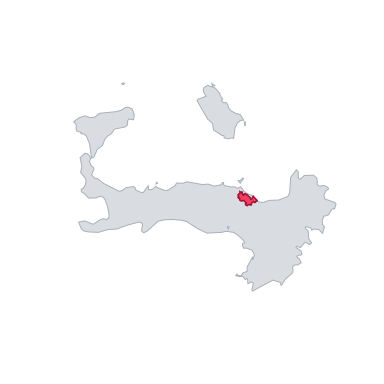 Italy, with Pisa highlighted, rotated 142°
{"feature_id": "ITA-5381", "entity_name": "Pisa", "entity_type": "Province", "adm_level": 1, "iso_a3": "ITA", "parent_name": "Italy", "parent_adm1": "", "projection": "orthographic", "projection_center": [10.703, 43.467], "detail": "fine", "context": "in_parent", "style": "filled", "palette": "rose", "viewbox_px": 384, "rotation_deg": 142, "n_neighbors": 0, "source": "natural_earth", "source_scale": "10m", "svg_char_len": 5242}
<svg xmlns="http://www.w3.org/2000/svg" viewBox="0 0 384 384"><g transform="rotate(142 192 192)"><path d="M90.0,91.0L91.8,92.3L99.0,90.1L103.2,91.7L106.9,89.4L109.3,85.9L108.9,83.1L114.6,79.0L115.1,84.0L118.2,87.4L121.2,88.3L120.5,90.3L123.4,94.5L124.6,94.2L125.0,93.4L124.4,89.9L128.8,83.2L129.0,78.5L129.8,78.1L131.9,78.4L133.6,82.8L140.7,81.5L143.1,84.9L144.2,84.3L142.4,78.5L143.3,75.6L145.1,75.1L146.4,76.5L149.1,76.9L149.3,75.2L148.6,74.0L149.5,69.0L153.6,69.5L156.0,71.3L158.8,71.2L161.2,67.3L163.0,66.3L172.1,65.9L178.7,63.4L179.3,63.9L178.1,65.9L178.5,67.1L182.6,72.8L205.2,76.7L204.9,78.2L200.3,81.9L199.9,83.3L200.7,84.5L204.4,85.3L202.0,88.8L202.1,90.1L204.0,90.2L203.9,94.4L206.3,95.6L209.1,99.1L206.5,99.9L207.5,98.9L204.7,95.4L201.9,97.0L197.4,95.6L194.4,99.1L184.1,103.6L185.8,101.6L185.1,101.6L181.3,104.2L180.6,109.3L183.6,114.2L185.9,116.0L185.0,119.1L183.6,120.3L181.7,119.5L181.2,122.2L182.4,129.5L184.1,134.6L189.5,140.2L193.4,141.9L205.5,150.3L210.2,159.9L214.4,172.0L217.8,176.4L224.6,182.6L230.9,187.1L236.6,189.8L251.3,188.8L255.1,189.6L255.7,191.7L255.1,193.1L250.9,196.8L250.8,199.5L253.0,201.3L263.4,205.7L274.0,209.1L281.3,214.1L290.7,217.9L298.3,224.4L301.1,227.8L301.9,230.7L300.6,235.8L299.8,238.0L294.5,235.5L289.8,227.4L280.8,226.6L278.1,225.4L276.4,222.9L273.6,222.9L271.8,224.4L267.4,232.7L265.2,239.8L265.2,242.6L266.9,245.2L271.3,246.4L277.2,250.9L277.8,256.9L279.0,260.3L277.7,262.3L274.8,262.1L271.1,263.6L268.6,266.0L267.6,268.2L267.8,275.8L263.0,280.1L259.0,288.0L252.5,288.5L250.8,286.2L250.6,282.7L251.6,280.5L253.9,279.4L255.3,274.8L254.6,271.6L255.4,270.1L260.5,267.6L260.5,263.0L258.4,261.1L256.3,253.0L249.1,237.6L246.9,236.2L241.4,236.1L234.6,232.2L234.1,230.5L235.1,228.7L234.3,226.5L232.1,222.6L230.6,221.7L222.7,223.8L224.8,220.5L221.9,218.5L216.9,218.7L216.9,217.3L213.1,210.9L210.6,208.4L201.5,207.4L198.6,208.6L194.0,204.6L189.8,203.2L179.3,191.6L174.3,188.2L171.1,183.1L164.7,179.8L161.9,180.6L161.2,180.0L162.7,179.0L162.4,177.0L158.1,171.9L155.6,170.3L153.9,167.0L150.4,166.2L150.5,160.3L149.2,156.2L146.9,152.6L145.6,144.1L144.6,141.8L142.1,139.9L136.4,137.9L128.6,132.3L119.3,129.5L115.4,131.3L105.3,142.8L96.0,145.2L95.9,142.7L99.6,137.4L99.0,135.4L93.3,135.8L86.0,130.6L85.2,126.1L87.5,122.1L88.8,121.2L88.2,118.4L83.8,115.8L82.2,112.1L82.1,110.8L83.3,110.2L85.9,110.6L90.2,108.2L91.5,104.7L85.8,95.5L86.1,93.6L90.0,91.0ZM185.8,142.6L186.1,140.4L184.2,141.8L184.8,142.8L185.8,142.6ZM250.3,280.5L243.1,292.9L240.8,301.1L241.3,304.2L243.6,306.3L242.6,307.2L245.2,310.9L245.2,311.9L241.8,316.4L241.9,320.2L235.2,320.0L229.6,318.0L226.8,313.8L224.6,312.1L222.2,310.8L217.5,311.1L215.4,310.3L202.6,302.2L197.7,300.0L192.1,299.6L189.8,297.8L188.0,294.1L190.0,288.2L193.6,284.9L197.0,288.5L199.9,287.2L200.0,286.1L202.0,284.5L204.5,284.4L214.5,289.3L219.5,287.6L224.2,288.0L228.5,287.1L233.9,283.8L240.4,283.9L247.6,280.0L250.3,280.5ZM133.6,218.1L136.8,227.7L133.6,233.4L134.8,239.7L131.8,260.8L130.3,261.5L122.0,258.8L121.3,263.7L120.1,265.7L118.5,266.9L113.9,266.4L109.7,259.4L109.5,252.5L110.4,250.5L110.6,246.6L112.3,246.4L112.5,243.7L111.6,242.2L109.9,241.7L110.0,238.7L111.2,236.4L111.4,232.4L109.2,227.1L106.3,223.3L107.1,216.8L109.7,218.5L113.6,218.5L118.4,216.2L126.2,208.6L127.2,210.0L130.4,211.4L133.3,214.7L132.2,216.8L133.6,218.1ZM148.2,169.0L148.9,170.5L148.6,172.6L147.1,171.4L143.3,171.8L143.0,170.7L147.5,169.8L148.2,169.0ZM110.7,262.8L109.6,265.3L108.4,262.0L108.6,261.6L110.7,262.8ZM109.5,212.1L107.7,214.8L106.8,214.7L109.0,211.6L109.5,212.1ZM180.8,320.6L178.5,320.0L178.4,318.8L180.2,319.0L180.8,320.6ZM215.4,220.6L213.6,221.4L213.7,220.1L215.4,220.6Z" fill="#d9dde1" stroke="#a8b0b8" stroke-width="1"/><path d="M146.4,151.0L145.9,145.2L146.3,144.9L146.6,144.9L147.9,145.1L148.3,145.1L148.6,144.9L148.9,144.9L149.1,145.2L149.2,145.4L149.3,145.6L149.2,145.8L149.2,146.0L149.3,146.3L149.5,146.5L149.8,146.6L152.0,146.5L152.3,146.4L152.6,146.1L152.7,145.9L152.8,145.6L152.9,145.4L153.1,145.3L153.4,145.3L153.6,145.4L153.8,145.6L154.0,145.8L154.3,146.4L155.1,147.0L155.4,147.5L155.7,147.4L156.8,147.2L157.2,147.7L157.5,148.5L157.6,149.2L157.2,149.8L156.1,149.9L155.9,150.1L155.9,150.3L156.0,150.4L156.2,150.6L156.2,150.9L156.2,151.1L156.2,151.5L156.2,152.2L156.4,153.0L156.7,153.6L157.1,153.9L158.3,154.1L159.1,155.3L159.3,155.9L159.3,156.2L159.3,156.5L159.2,156.8L158.9,156.9L158.6,157.0L158.4,157.3L158.4,157.5L158.4,157.8L158.5,158.0L159.0,158.4L159.1,158.7L159.1,159.1L159.0,159.4L158.9,159.6L158.7,159.6L158.2,159.4L157.9,159.6L157.9,159.9L158.0,160.1L158.0,160.4L157.9,160.6L157.6,161.1L157.6,161.4L156.3,161.6L156.1,161.6L155.6,161.4L155.4,161.5L155.2,161.8L154.8,161.8L154.6,161.7L154.4,161.8L154.3,162.2L154.3,162.4L154.1,162.7L154.0,162.3L152.8,161.5L152.6,161.3L152.6,161.1L152.6,160.8L152.8,160.6L153.3,160.6L153.5,160.1L153.2,159.5L153.2,159.1L153.3,159.0L153.7,158.4L153.8,158.1L153.8,157.9L153.6,157.7L153.4,157.7L152.9,157.9L151.9,158.2L151.7,158.2L151.2,157.9L151.0,157.7L150.9,157.5L150.8,157.2L150.8,156.5L150.7,156.2L150.4,156.2L150.2,156.0L150.1,155.7L150.0,155.4L150.1,154.5L150.1,153.9L149.6,152.4L149.6,151.7L149.8,151.2L150.0,150.8L150.1,150.2L150.0,149.6L149.6,149.5L146.4,151.0Z" fill="#f43f5e" stroke="#9f1239" stroke-width="1.5"/></g></svg>